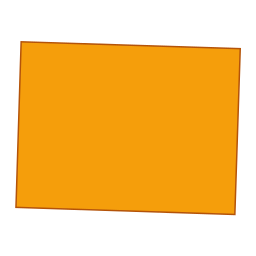 Wapello, Iowa, United States of America, rotated 2°
{"feature_id": "52423323B35986324347111", "entity_name": "Wapello", "entity_type": "district", "adm_level": 2, "iso_a3": "USA", "parent_name": "United States of America", "parent_adm1": "Iowa", "projection": "mercator", "projection_center": [-92.439, 41.031], "detail": "fine", "context": "isolated", "style": "filled", "palette": "amber", "viewbox_px": 256, "rotation_deg": 2, "n_neighbors": 0, "source": "geoboundaries", "source_scale": "gbopen_adm2", "svg_char_len": 256}
<svg xmlns="http://www.w3.org/2000/svg" viewBox="0 0 256 256"><g transform="rotate(2 128 128)"><path d="M18.2,45.6L18.8,211.2L73.2,211.1L237.8,210.7L237.4,44.8L182.2,45.0L127.8,45.2L18.2,45.6Z" fill="#f59e0b" stroke="#b45309" stroke-width="1.5"/></g></svg>